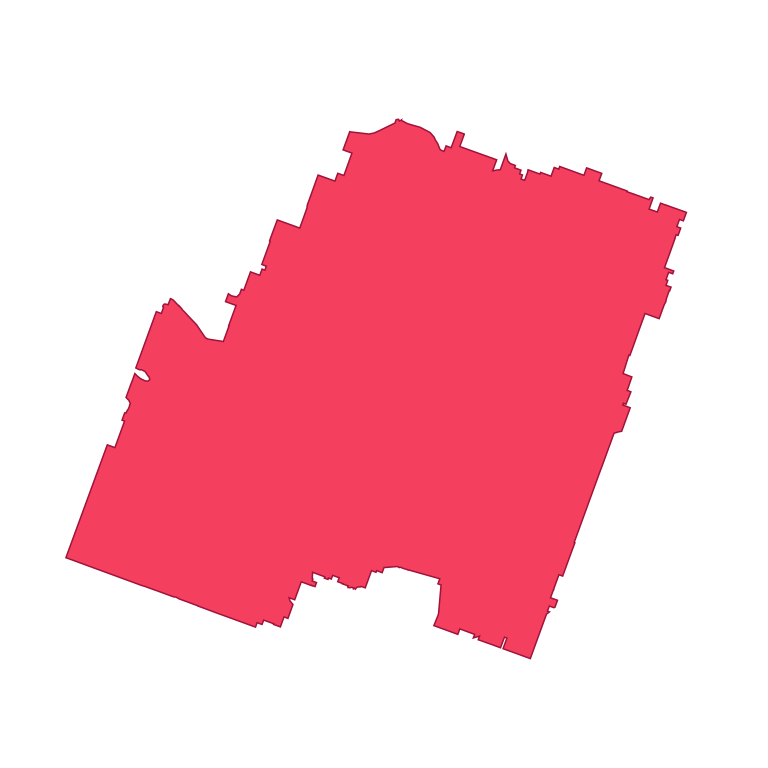 outline of Broomehill-Tambellup, Western Australia, Australia, rotated 110°
{"feature_id": "25037944B2745809655475", "entity_name": "Broomehill-Tambellup", "entity_type": "district", "adm_level": 2, "iso_a3": "AUS", "parent_name": "Australia", "parent_adm1": "Western Australia", "projection": "albers", "projection_center": [117.654, -34.013], "detail": "fine", "context": "isolated", "style": "filled", "palette": "rose", "viewbox_px": 768, "rotation_deg": 110, "n_neighbors": 0, "source": "geoboundaries", "source_scale": "gbopen_adm2", "svg_char_len": 4995}
<svg xmlns="http://www.w3.org/2000/svg" viewBox="0 0 768 768"><g transform="rotate(110 384 384)"><path d="M123.2,158.5L119.3,158.5L119.4,176.7L119.4,180.6L119.5,180.6L119.5,186.0L128.9,186.0L129.0,194.7L117.1,194.8L117.1,197.2L120.1,198.2L120.1,210.3L120.2,221.4L119.5,221.4L119.5,251.4L115.6,251.4L111.6,251.4L111.6,267.5L119.5,267.5L119.5,280.9L119.5,290.3L119.5,293.3L122.3,293.3L122.3,298.1L131.6,298.1L131.6,309.2L133.4,309.2L133.4,321.9L136.2,321.5L144.5,321.5L144.5,325.3L140.2,325.4L140.2,328.4L136.2,328.4L136.2,335.3L133.7,335.3L133.7,340.6L132.0,343.9L126.2,348.1L142.9,348.0L144.4,351.3L144.5,351.5L146.3,354.4L146.5,354.8L134.8,354.8L134.9,386.5L134.9,394.0L122.4,394.0L122.5,394.2L122.0,394.3L121.6,394.3L121.7,401.6L139.0,401.7L139.0,407.1L144.9,407.1L144.8,410.0L144.6,411.1L144.0,412.0L139.9,415.6L136.7,419.7L135.0,421.1L131.9,426.7L130.4,437.9L131.1,447.4L131.3,451.0L130.3,458.0L130.0,458.0L130.4,458.3L131.6,459.5L130.3,460.8L131.4,463.0L135.1,463.0L139.9,467.7L145.1,472.7L147.7,475.2L149.2,476.8L151.5,479.1L152.9,481.4L154.3,483.7L154.8,486.0L158.4,501.1L158.6,502.5L158.9,502.5L178.0,502.5L178.0,493.1L197.4,493.0L201.8,493.0L201.8,497.8L201.8,499.5L210.1,499.5L210.2,517.4L231.3,517.3L242.1,517.3L244.9,516.6L258.0,516.5L266.3,516.5L266.3,540.4L279.9,540.5L288.7,540.5L288.9,539.7L289.2,539.7L289.5,539.7L300.0,539.7L313.5,539.7L313.6,534.9L317.7,534.9L317.7,537.9L324.3,537.9L324.3,547.8L335.3,547.8L343.8,547.8L343.8,550.4L345.8,550.4L348.9,550.4L352.6,552.2L353.3,557.5L352.4,561.1L360.8,561.1L360.8,549.9L382.4,549.9L382.4,549.5L392.2,549.5L392.9,549.5L394.3,549.5L399.0,549.5L401.1,560.2L401.8,563.7L401.9,564.3L401.9,564.6L401.9,564.9L401.9,565.3L401.9,565.6L401.9,566.0L401.8,566.3L401.8,566.6L401.7,567.0L401.6,567.3L401.5,567.6L401.3,567.9L401.2,568.2L401.0,568.5L400.8,568.8L400.6,569.1L398.6,571.9L392.4,580.4L387.5,590.3L384.1,596.9L383.0,599.3L382.5,599.6L380.6,603.3L380.9,603.3L379.0,607.1L377.6,609.9L377.3,610.5L377.1,611.2L377.0,611.9L376.8,612.8L376.8,613.9L377.5,613.9L383.3,614.0L383.6,616.5L384.0,617.8L385.3,618.4L386.9,618.4L387.4,617.4L393.9,617.4L393.9,622.7L398.0,622.7L413.7,622.7L430.8,622.7L443.1,622.7L450.3,622.7L453.8,622.7L454.2,619.7L454.2,618.0L453.5,616.8L454.0,612.8L457.4,608.1L457.4,607.5L457.6,607.4L459.8,605.6L461.8,606.5L462.8,609.4L462.2,614.7L460.9,618.6L459.4,621.7L466.7,621.7L467.2,621.7L471.5,621.8L484.9,621.8L486.6,618.2L489.2,615.6L489.5,615.7L489.8,615.8L490.3,615.9L491.0,615.8L491.7,615.7L492.2,615.6L493.0,615.6L493.9,615.7L494.7,615.7L495.5,615.9L496.4,616.1L497.1,616.3L497.8,616.4L498.6,616.5L499.3,616.6L499.6,616.6L499.7,617.0L499.7,617.4L499.8,617.8L502.0,617.8L507.6,617.8L507.6,615.1L532.7,615.1L535.8,615.1L535.8,623.2L656.0,623.5L656.1,584.9L656.2,541.9L656.0,540.7L656.0,508.7L655.4,506.7L656.0,502.9L656.1,482.8L656.3,482.8L656.3,478.2L656.3,477.9L656.4,464.7L656.4,428.7L656.4,421.6L651.7,421.6L651.7,416.4L647.0,416.3L647.0,405.5L647.7,405.5L647.7,398.3L637.1,398.3L637.1,394.1L636.9,394.1L631.7,394.1L622.4,394.1L619.9,398.2L617.3,400.1L617.3,394.1L598.2,394.1L598.2,383.1L598.2,382.7L598.0,382.8L598.0,379.5L593.7,379.5L593.6,384.1L591.6,384.1L591.5,384.8L585.4,386.7L585.4,384.5L585.4,373.7L586.8,373.7L586.8,369.8L585.3,369.8L585.3,366.8L581.4,366.8L581.4,359.8L585.6,359.9L585.7,354.5L586.0,354.6L586.0,354.2L586.0,348.8L586.5,349.1L587.6,348.1L587.3,347.7L587.2,346.4L586.2,345.1L585.9,343.5L587.0,342.7L585.9,341.8L586.6,340.8L584.0,339.8L582.7,336.7L582.0,336.2L582.0,331.9L581.9,331.9L563.6,331.9L563.7,327.1L561.9,327.1L561.9,321.2L556.5,321.2L552.3,312.0L550.9,308.9L551.3,306.9L550.6,306.2L550.7,302.2L550.4,298.7L550.7,297.8L550.3,296.9L548.2,268.7L548.0,265.3L548.0,264.9L553.3,265.0L553.4,261.6L553.5,261.6L573.3,256.3L580.4,254.4L581.4,254.2L582.5,254.1L594.0,254.5L594.0,254.3L594.0,249.6L594.0,229.0L588.2,229.0L588.3,213.2L592.1,213.2L589.1,209.2L588.8,208.5L588.5,208.3L588.2,208.0L592.1,208.0L592.0,195.4L592.0,195.1L592.0,184.3L580.7,184.2L580.7,181.6L592.0,181.6L592.0,169.7L592.0,156.9L592.0,152.6L583.7,152.6L563.6,152.6L550.2,152.6L544.7,152.6L541.6,150.6L541.6,152.7L536.1,152.7L536.1,147.9L535.3,147.0L527.9,147.0L527.9,154.4L526.5,154.4L519.6,154.4L519.6,154.2L519.0,154.2L519.0,154.4L503.4,154.4L503.4,150.4L497.4,150.4L491.8,150.4L490.6,150.4L482.9,150.4L479.3,150.4L478.5,150.4L467.9,150.3L467.9,151.1L458.2,151.1L450.2,151.1L438.0,151.1L411.4,151.1L396.9,151.1L382.7,151.0L368.5,151.0L351.6,151.0L348.4,146.7L347.3,144.7L347.2,144.5L322.1,144.5L322.1,152.5L320.2,152.4L320.3,149.7L306.9,149.3L306.8,153.4L304.2,153.3L298.8,153.4L292.6,153.5L292.4,162.9L273.1,163.8L273.1,162.7L267.8,162.7L244.6,162.8L228.5,162.8L228.5,147.8L214.0,147.8L210.1,147.3L207.8,147.8L198.7,147.9L198.7,147.4L194.8,147.4L194.9,152.7L189.5,152.8L189.5,154.7L181.7,154.7L181.7,150.4L178.7,150.4L178.7,160.2L162.6,160.2L147.9,160.3L147.9,160.5L143.8,160.5L143.8,158.5L136.0,158.5L136.0,162.6L128.3,162.6L128.3,158.5L123.2,158.5Z" fill="#f43f5e" stroke="#9f1239" stroke-width="1.5"/></g></svg>